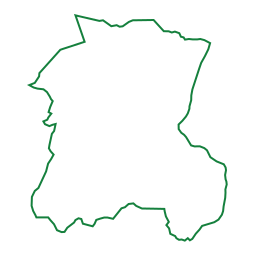 the district of Parelhas, Rio Grande do Norte, Brazil
{"feature_id": "56859067B27225115127072", "entity_name": "Parelhas", "entity_type": "district", "adm_level": 2, "iso_a3": "BRA", "parent_name": "Brazil", "parent_adm1": "Rio Grande do Norte", "projection": "albers", "projection_center": [-36.615, -6.711], "detail": "fine", "context": "isolated", "style": "outline", "palette": "green", "viewbox_px": 256, "rotation_deg": 0, "n_neighbors": 0, "source": "geoboundaries", "source_scale": "gbopen_adm2", "svg_char_len": 1822}
<svg xmlns="http://www.w3.org/2000/svg" viewBox="0 0 256 256"><path d="M75.5,15.4L84.6,41.8L66.3,47.8L62.9,48.9L60.3,49.8L39.4,73.1L39.1,76.4L34.8,82.9L29.3,85.1L33.6,87.5L37.5,88.6L43.5,89.3L47.0,92.1L49.8,96.6L51.0,99.1L52.7,101.1L50.2,107.0L48.6,112.1L51.3,113.6L48.3,117.5L47.3,119.7L43.4,121.4L45.0,124.2L49.4,126.1L52.5,124.8L55.6,124.0L54.1,131.0L51.9,133.8L49.5,144.8L48.9,148.3L50.7,151.4L53.6,154.6L51.1,159.1L48.1,163.6L46.1,171.4L38.4,188.0L34.8,190.9L31.9,196.9L31.6,205.8L33.2,211.0L35.4,215.1L36.4,217.4L48.2,217.4L50.5,220.3L54.0,224.2L57.0,230.2L61.6,232.1L64.5,231.9L67.3,227.7L74.1,222.5L75.4,220.1L78.5,218.3L81.3,219.0L82.9,223.7L92.7,226.3L94.6,223.8L96.3,219.9L100.0,218.7L104.3,217.5L107.3,217.5L113.1,218.8L121.5,208.3L125.0,207.2L128.6,204.0L133.4,203.4L136.2,205.9L141.9,208.5L154.0,208.7L164.3,208.9L164.7,211.4L165.9,216.4L168.8,221.9L166.4,225.1L169.1,228.4L170.3,233.8L175.2,236.1L176.4,238.2L179.0,239.8L181.7,239.5L184.8,240.6L187.8,238.2L189.9,240.3L192.3,238.9L195.8,233.7L199.5,229.6L202.1,225.9L214.3,222.2L218.5,219.6L221.9,214.7L223.1,211.1L223.6,206.4L225.2,197.9L225.5,192.8L225.4,189.4L226.7,184.5L226.4,181.6L225.6,179.3L225.1,175.0L226.0,170.2L225.6,167.5L223.8,164.3L216.6,161.4L210.4,157.2L207.0,150.3L204.3,148.1L199.8,146.3L194.5,146.4L191.1,145.4L186.1,137.1L184.1,134.8L181.3,132.8L178.7,129.1L178.6,124.5L182.3,120.9L185.9,116.6L187.8,113.4L189.4,108.8L189.5,106.3L191.2,100.2L191.3,95.4L192.4,89.4L199.1,68.9L201.2,62.8L204.9,56.2L208.3,49.3L210.1,43.1L204.4,40.1L200.3,39.0L197.3,39.4L192.7,39.4L188.9,39.0L185.0,39.6L183.6,37.4L180.9,36.7L179.3,33.2L174.9,31.6L171.8,32.5L168.7,31.3L163.8,31.2L153.6,20.0L132.8,20.3L128.9,21.9L122.7,26.3L119.6,26.7L116.7,25.2L111.3,26.2L108.8,24.4L103.0,20.3L99.4,20.9L75.5,15.4Z" fill="none" stroke="#15803d" stroke-width="2"/></svg>